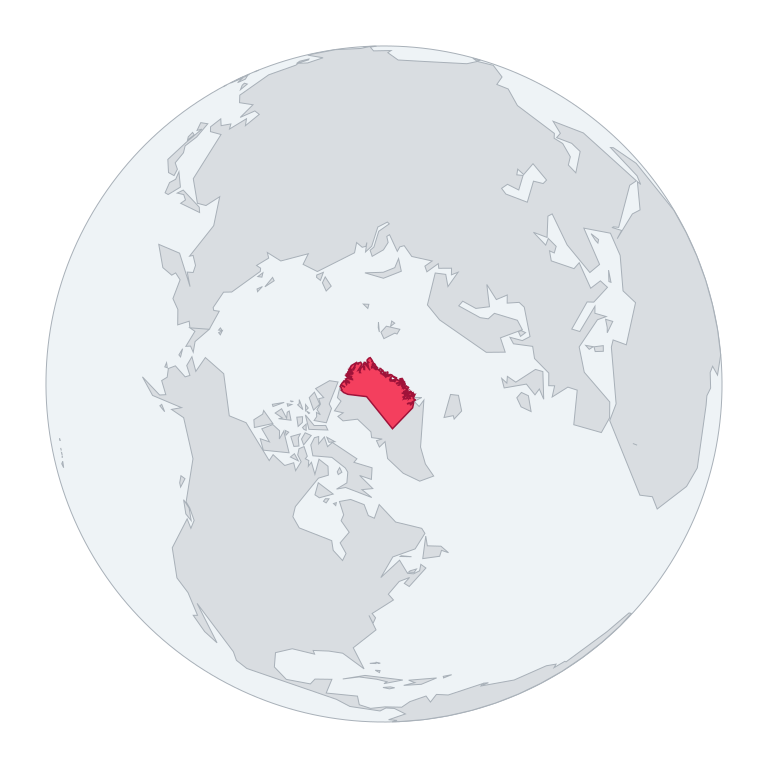 Nationalparken highlighted on a globe, orthographic projection, rotated 305°
{"feature_id": "GRL-2742", "entity_name": "Nationalparken", "entity_type": "state/province", "adm_level": 1, "iso_a3": "GRL", "parent_name": "Greenland", "parent_adm1": "", "projection": "orthographic", "projection_center": [-27.197, 77.317], "detail": "fine", "context": "on_globe", "style": "filled", "palette": "rose", "viewbox_px": 768, "rotation_deg": 305, "n_neighbors": 0, "source": "natural_earth", "source_scale": "10m", "svg_char_len": 16907}
<svg xmlns="http://www.w3.org/2000/svg" viewBox="0 0 768 768"><g transform="rotate(305 384 384)"><circle cx="384" cy="384" r="338" fill="#eef3f6" stroke="#a8b0b8"/><path d="M116.1,590.0L112.0,584.4L115.9,587.6L111.6,580.3L126.0,590.8L124.2,578.6L119.7,571.4L113.9,568.3L100.3,541.0L98.4,525.9L72.3,434.8L73.0,421.6L78.3,414.2L97.1,356.7L76.2,395.7L78.3,379.1L85.1,360.4L87.6,363.9L100.7,343.1L106.4,325.6L128.4,304.5L160.6,300.1L155.0,308.6L163.4,306.7L171.0,296.0L174.0,289.5L213.2,270.4L241.5,239.2L241.3,224.5L248.5,231.7L241.9,201.0L251.3,182.0L246.3,206.5L250.1,211.4L259.3,199.9L265.2,202.5L273.0,198.5L279.2,202.7L275.8,217.0L279.7,220.1L286.0,211.8L296.2,211.0L286.4,222.6L303.2,222.5L300.5,246.8L269.2,275.5L273.2,293.2L255.4,333.9L262.5,333.7L260.3,349.4L267.7,355.2L262.3,361.3L272.8,360.7L276.4,354.0L282.2,351.5L286.9,354.4L280.8,362.6L277.6,362.4L278.2,366.3L273.2,369.2L278.3,369.4L270.4,379.2L285.1,373.9L284.5,385.3L277.4,390.7L269.3,384.3L232.7,381.7L223.0,385.5L217.5,397.1L225.7,431.0L218.6,437.8L215.6,451.3L223.4,450.1L228.7,439.2L242.6,440.5L247.4,427.3L253.7,426.0L262.2,414.9L270.3,422.9L273.8,436.9L267.2,446.6L268.5,453.1L282.5,449.2L277.6,472.7L287.4,497.7L285.1,503.2L266.8,504.1L247.4,490.4L223.6,492.4L248.6,497.8L242.4,511.9L245.5,517.1L251.4,520.3L257.4,517.6L257.3,523.9L232.6,520.8L232.3,515.0L240.2,515.9L231.0,509.7L214.3,508.1L212.5,515.6L189.2,505.9L187.6,511.2L181.7,512.3L185.8,504.4L178.0,518.5L150.3,510.1L139.2,531.1L139.8,504.6L133.6,492.0L125.1,478.8L122.9,482.1L114.5,460.7L101.7,449.2L89.3,456.5L86.0,473.4L96.1,495.7L102.7,496.7L112.2,510.7L97.7,513.9L113.1,541.3L107.1,547.7L110.6,559.1L120.1,570.0L129.4,583.9L138.7,587.4L152.5,597.4L150.1,604.5L159.8,605.0L166.1,615.0L195.1,636.6L192.2,636.6L216.2,660.4L246.3,678.6L253.2,685.6L249.2,686.0L260.6,691.2L260.8,692.5L309.3,708.8L337.0,716.0L337.9,718.1L321.3,716.1L297.3,710.6L273.8,703.4L250.8,694.6L228.6,684.0L207.1,671.9L186.6,658.3L167.2,643.2L148.9,626.7L131.8,609.0L116.1,590.0ZM133.8,165.8L136.5,165.1L131.7,169.6L133.8,165.8ZM140.3,162.0L138.9,162.8L140.5,161.6L140.3,162.0ZM142.9,159.4L141.0,161.3L142.9,159.1L142.9,159.4ZM146.2,155.8L144.5,157.8L144.6,157.5L146.2,155.8ZM134.4,535.6L152.3,569.2L138.5,555.8L141.8,557.2L138.0,547.4L129.8,531.7L118.7,519.4L134.4,535.6ZM151.9,150.6L153.5,149.3L152.1,151.1L151.9,150.6ZM150.4,537.8L147.0,532.6L150.8,537.0L150.4,537.8ZM174.3,286.2L170.5,295.6L161.5,304.4L163.9,296.2L174.3,286.2ZM192.4,270.3L192.3,275.3L182.9,276.5L185.9,273.3L192.4,270.3ZM239.8,213.6L235.5,220.2L237.6,212.9L239.8,213.6ZM273.0,197.2L272.3,194.6L276.7,193.7L273.0,197.2ZM257.1,411.2L259.5,413.0L256.7,414.2L257.1,411.2ZM258.4,404.8L253.4,404.8L253.2,401.7L256.4,401.8L258.4,404.8ZM290.2,199.3L297.4,198.8L289.5,201.8L290.2,199.3ZM264.7,405.5L253.7,396.3L253.6,391.0L265.4,386.8L264.7,405.5ZM301.2,200.1L318.7,198.9L318.7,192.8L328.6,209.5L310.4,204.9L300.6,209.5L304.1,203.8L301.2,200.1ZM275.5,350.6L271.9,357.9L270.5,349.2L275.5,350.6ZM273.2,345.7L260.6,323.1L268.2,314.0L270.9,323.4L277.2,309.6L287.0,316.2L285.8,325.3L278.9,329.8L287.9,328.9L273.2,345.7ZM331.2,219.1L334.9,221.0L330.4,221.7L331.2,219.1ZM284.4,349.9L281.2,346.0L287.5,337.8L295.1,344.0L290.6,344.7L284.4,349.9ZM274.0,302.8L280.1,297.9L289.7,301.9L293.3,300.6L287.9,315.6L274.0,302.8ZM291.6,348.0L298.8,347.4L300.1,353.9L288.0,353.1L291.6,348.0ZM286.0,333.1L289.3,329.6L289.9,333.6L286.0,333.1ZM308.6,376.9L304.7,372.4L307.6,367.7L308.6,376.9ZM301.4,346.8L300.9,344.5L301.6,342.2L306.5,343.2L301.4,346.8ZM295.1,317.5L297.9,320.2L297.8,311.5L305.0,314.3L300.1,323.9L305.3,320.9L307.5,321.8L301.0,328.6L295.1,317.5ZM313.6,337.3L309.9,350.6L316.6,360.0L314.1,364.4L303.8,348.5L313.6,337.3ZM306.8,331.6L310.5,336.1L305.6,339.2L300.0,338.0L306.8,331.6ZM311.7,312.8L301.9,306.0L303.3,304.2L311.7,312.8ZM316.6,339.4L317.4,336.1L317.6,339.7L316.6,339.4ZM314.3,320.2L310.6,318.0L312.3,316.0L314.3,320.2ZM322.2,331.5L320.9,335.7L317.1,335.1L322.2,331.5ZM319.4,325.8L322.6,323.5L316.5,332.3L317.4,325.2L319.4,325.8ZM316.5,318.6L316.3,316.7L317.8,319.8L316.5,318.6ZM337.4,331.7L330.6,342.9L322.2,341.3L329.9,330.6L337.4,331.7ZM630.9,153.3L630.3,152.8L645.5,172.5L652.4,178.9L648.4,173.6L655.4,182.6L656.4,184.1L652.1,179.5L650.9,184.4L661.2,198.5L657.6,197.1L657.5,209.7L670.8,231.2L693.9,268.2L701.8,275.5L707.7,290.7L703.2,304.6L694.1,304.6L696.9,316.5L688.6,333.6L687.0,379.8L682.9,382.4L683.5,392.4L677.0,406.3L669.1,409.4L667.0,420.0L687.0,411.3L688.8,399.7L684.8,384.1L690.5,384.7L696.2,371.8L704.0,403.3L695.2,474.2L687.7,471.3L646.9,486.4L644.4,481.8L644.0,481.6L643.1,481.4L646.1,490.6L636.8,491.7L665.8,489.9L673.5,493.9L695.1,475.5L694.7,479.8L699.7,471.8L707.6,433.9L709.1,436.3L709.4,464.0L692.6,521.6L681.3,544.6L668.3,566.7L653.6,587.8L637.3,607.6L619.7,626.2L600.6,643.4L600.7,643.2L582.6,652.1L587.0,643.0L580.5,644.6L568.0,653.9L559.6,655.2L551.4,660.0L494.9,688.8L473.6,690.6L438.3,679.5L445.6,668.5L439.7,657.4L483.5,589.9L500.9,585.5L544.6,549.1L551.5,546.4L555.1,560.0L594.9,543.4L597.4,526.4L624.8,503.7L637.4,483.0L626.3,458.3L605.6,492.0L593.4,488.7L603.0,454.2L619.8,424.2L615.5,422.0L597.6,433.5L594.0,419.4L590.5,436.8L597.5,435.1L595.5,446.1L589.0,448.3L588.0,443.2L580.8,450.4L587.5,473.5L595.3,474.3L581.0,498.4L592.6,502.1L591.4,511.6L571.4,508.9L567.7,503.3L536.7,506.3L539.3,514.3L568.7,512.2L562.9,516.2L566.7,527.4L559.1,522.0L526.3,522.6L508.5,541.3L498.8,579.2L485.7,588.2L468.9,589.9L459.5,562.8L489.8,545.8L486.9,536.4L469.8,529.2L480.4,524.8L477.1,519.9L487.5,512.7L491.2,492.7L500.1,484.2L491.2,467.0L494.5,460.4L498.9,472.4L506.6,476.4L527.4,454.8L528.4,447.9L520.9,438.5L527.6,433.9L517.6,427.6L524.5,411.1L507.8,426.1L498.6,415.9L497.0,401.0L490.9,400.4L493.5,424.7L497.2,432.0L505.2,433.9L512.7,456.7L507.8,466.2L488.6,452.9L479.6,465.0L468.6,449.6L468.4,392.8L473.7,374.2L504.3,362.3L509.2,371.7L500.5,380.5L518.1,380.6L512.1,376.6L517.6,372.9L510.2,362.5L513.7,359.4L500.5,354.8L504.0,349.9L512.4,352.9L504.4,333.6L508.9,321.2L505.4,318.3L500.3,318.8L509.5,302.9L506.5,301.6L502.3,306.2L493.6,306.6L481.8,301.1L485.6,295.9L490.4,297.2L506.1,292.1L518.2,296.5L518.6,293.9L509.0,288.9L489.8,294.9L481.6,293.1L490.1,288.8L486.4,290.2L483.5,287.7L484.2,280.4L474.6,284.6L437.9,264.9L435.6,249.1L447.3,247.3L425.6,228.9L424.8,213.0L421.0,217.3L408.0,211.6L408.1,216.5L405.3,218.1L372.0,206.5L367.2,199.9L348.6,200.2L346.6,202.4L349.1,207.3L328.6,209.5L318.7,192.8L323.7,188.4L314.1,181.1L326.8,172.4L332.9,162.1L352.4,157.2L355.5,149.6L351.4,147.7L352.5,136.1L369.2,119.4L373.9,141.5L352.5,169.3L362.8,158.6L365.9,163.7L373.0,161.6L379.8,153.9L377.2,151.4L416.0,153.7L443.2,142.0L428.1,135.8L425.0,127.5L442.8,110.0L494.9,107.4L491.2,97.1L495.2,94.4L507.6,98.2L502.2,102.4L509.2,109.4L504.2,111.2L522.4,119.2L516.1,122.3L533.3,127.2L533.6,121.6L519.9,113.3L537.6,116.5L531.6,104.3L537.9,100.2L571.1,112.2L594.6,128.9L597.5,129.8L603.2,137.3L616.3,147.0L610.1,134.0L612.2,135.2L630.7,153.1L630.9,153.3ZM478.0,622.0L479.1,626.4L478.0,622.0ZM644.3,400.2L649.9,379.7L635.7,378.3L636.7,370.3L631.5,372.8L634.6,378.3L620.2,383.1L618.4,370.6L611.7,368.1L609.5,374.9L615.1,397.1L635.9,390.1L639.5,399.4L644.3,400.2ZM196.0,637.1L199.2,640.9L194.4,637.7L196.0,637.1ZM134.8,557.2L139.5,562.9L141.3,567.0L137.4,563.3L134.8,557.2ZM178.5,600.2L184.7,606.2L177.4,601.4L178.5,600.2ZM155.5,574.1L173.4,595.7L159.4,586.8L148.4,573.0L157.1,580.6L155.5,574.1ZM144.5,541.0L147.0,545.1L145.0,545.8L144.5,541.0ZM153.2,541.1L151.9,539.9L151.4,536.7L153.2,541.1ZM243.9,512.0L245.9,512.5L251.1,516.7L247.0,516.8L243.9,512.0ZM283.8,523.7L282.8,533.6L280.7,526.5L274.8,528.4L263.2,515.9L283.4,505.4L276.3,512.3L283.8,523.7ZM253.2,496.6L258.3,505.6L252.0,496.2L253.2,496.6ZM448.9,500.7L455.9,501.4L457.2,509.0L445.8,520.3L443.9,509.4L448.9,500.7ZM465.6,500.7L449.7,484.7L456.1,477.2L455.2,484.1L461.0,480.7L461.1,490.9L482.8,499.7L485.3,507.0L463.1,523.6L469.0,514.1L461.7,513.9L465.6,500.7ZM397.8,458.9L391.0,452.4L413.6,444.5L417.4,451.5L406.4,463.1L395.5,461.6L397.8,458.9ZM287.6,400.1L283.6,398.5L285.2,396.1L290.1,395.6L287.6,400.1ZM306.5,375.2L307.2,404.7L302.6,404.3L308.5,422.3L298.6,428.4L295.1,416.5L291.9,434.8L284.8,426.5L284.0,439.1L277.2,411.9L270.7,405.4L281.7,410.3L291.0,404.9L293.0,400.5L294.0,383.4L284.4,366.9L292.1,359.0L300.1,357.8L303.5,360.6L297.5,364.8L306.4,365.5L300.3,373.7L306.5,375.2ZM388.7,351.9L380.2,355.1L397.2,358.9L391.2,366.7L393.5,366.7L392.6,375.0L395.5,385.1L391.5,387.7L394.4,390.5L393.8,396.2L396.5,401.0L390.1,407.4L392.8,413.9L388.3,413.3L394.6,422.7L387.1,418.6L385.7,425.7L393.7,425.9L353.3,450.1L342.2,463.8L337.1,477.5L324.9,469.0L321.9,450.9L325.0,429.7L337.4,417.9L329.7,416.4L333.3,410.3L337.9,414.1L333.0,404.6L337.3,400.7L340.0,382.5L330.3,371.6L331.0,364.8L337.0,367.1L333.6,358.8L345.3,358.6L346.1,353.7L358.4,348.8L369.4,356.2L369.5,350.3L378.9,346.4L388.7,351.9ZM341.0,330.6L355.5,337.5L359.3,345.2L336.2,350.6L333.9,355.0L319.2,359.0L314.0,347.7L318.7,347.6L322.0,344.9L322.3,349.5L324.6,343.8L331.1,343.5L334.6,339.0L338.3,342.4L341.0,330.6ZM554.0,537.5L558.4,534.4L564.1,528.4L566.5,535.5L554.0,537.5ZM531.7,538.4L534.9,534.7L541.2,541.6L536.6,544.9L531.7,538.4ZM531.3,527.0L534.6,534.0L530.1,532.2L531.3,527.0ZM501.3,468.5L504.0,464.1L506.4,465.7L507.3,470.5L501.3,468.5ZM437.9,365.6L432.4,366.0L431.9,363.7L421.1,357.9L424.7,351.8L432.7,352.8L437.9,365.6ZM625.9,467.4L625.4,476.9L622.1,478.4L622.9,474.8L625.9,467.4ZM596.9,509.5L606.1,502.6L597.5,511.6L596.9,509.5ZM440.0,357.9L435.1,356.3L440.0,354.2L440.0,357.9ZM426.8,347.0L431.6,343.9L423.9,350.4L426.8,347.0ZM701.8,274.5L701.8,269.9L704.5,277.4L701.8,274.5ZM569.3,101.4L565.8,99.2L565.5,99.0L569.3,101.4ZM556.3,93.7L556.8,93.7L560.5,96.3L556.3,93.7ZM600.1,129.8L607.2,136.1L606.2,136.3L596.4,128.5L600.1,129.8ZM542.8,97.6L547.4,96.5L550.3,97.1L551.3,100.0L542.8,97.6ZM464.1,304.6L475.1,319.3L485.5,326.1L495.1,324.0L486.3,333.5L470.3,322.9L464.1,304.6ZM440.7,270.3L432.4,272.5L432.7,267.6L434.7,266.4L440.7,270.3ZM438.0,274.4L433.9,284.6L427.0,283.3L431.6,275.5L438.0,274.4ZM437.6,321.2L440.6,325.9L436.6,327.4L437.6,321.2ZM543.8,86.2L543.3,86.0L543.8,86.2ZM554.1,92.0L553.9,92.0L547.9,88.5L551.1,90.3L554.1,92.0ZM538.6,83.5L536.7,82.6L535.1,81.7L538.6,83.5ZM553.5,92.7L542.5,85.7L558.7,95.3L554.2,95.6L546.9,91.2L553.5,92.7ZM480.3,82.9L479.2,85.6L471.2,83.1L474.2,81.9L480.3,82.9ZM444.0,78.1L468.7,83.4L488.3,88.6L484.5,85.4L493.0,84.0L496.1,90.4L479.0,88.9L465.0,84.5L458.4,87.1L445.4,86.1L441.4,91.6L434.3,92.5L433.6,86.2L444.0,78.1ZM440.2,94.3L428.5,104.3L415.4,98.5L415.1,95.0L426.0,92.8L432.2,95.9L440.2,94.3ZM421.8,105.1L427.7,108.3L422.9,131.2L418.7,134.6L415.4,113.8L420.9,115.8L424.3,111.3L421.8,105.1ZM336.1,217.8L335.0,220.7L333.3,217.6L336.1,217.8ZM405.7,221.0L401.5,222.7L399.6,219.0L405.7,221.0ZM389.0,225.5L394.1,228.5L387.1,227.5L389.0,225.5ZM405.6,234.8L395.3,230.7L407.4,231.6L405.6,234.8Z" fill="#d9dde1" stroke="#a8b0b8" stroke-width="1"/><path d="M385.6,419.1L380.9,421.1L352.2,416.6L363.7,377.0L354.8,360.3L353.9,355.9L354.4,352.5L355.2,352.8L355.5,351.6L356.4,351.2L356.8,349.6L358.3,349.3L358.9,350.3L358.5,351.2L359.1,354.0L358.9,349.3L360.1,349.1L362.1,349.3L362.4,350.3L362.4,349.4L363.5,349.4L363.4,351.0L362.9,352.1L361.9,353.7L361.8,354.1L361.9,354.3L361.9,354.0L363.2,352.6L363.6,351.7L365.0,355.0L365.3,354.9L364.8,352.8L366.0,353.4L365.7,351.8L366.1,349.7L367.5,350.6L369.5,355.7L370.0,355.3L369.7,354.3L370.3,353.8L370.1,353.2L370.5,352.7L372.1,353.6L371.1,352.6L371.3,352.2L370.5,349.7L373.1,350.6L372.9,350.8L373.0,352.2L373.2,351.2L373.1,350.8L373.4,350.7L374.1,352.0L374.1,353.1L374.4,352.4L374.3,352.0L374.5,351.7L374.5,351.3L373.9,350.7L370.4,349.3L370.0,348.4L370.6,348.8L370.3,348.2L370.9,347.9L371.2,349.0L372.4,349.4L371.3,347.8L373.0,348.5L372.4,347.7L373.5,347.5L373.9,348.3L373.7,348.7L373.9,348.5L374.4,349.5L375.2,349.8L375.6,351.2L375.8,350.7L375.4,349.8L376.8,349.9L375.8,349.4L377.2,349.1L376.0,348.5L376.0,348.2L376.2,347.9L376.2,347.2L376.8,347.8L376.7,347.3L377.1,346.9L377.7,347.9L377.5,347.1L379.3,346.7L379.6,347.6L379.5,347.0L380.5,346.7L385.1,348.8L380.5,350.0L379.6,349.4L380.2,350.1L377.9,350.6L378.1,350.8L377.9,351.6L378.4,350.7L379.0,350.7L379.2,351.0L379.1,351.5L379.4,350.6L380.8,350.8L382.0,349.7L385.4,349.5L385.8,350.5L385.0,351.8L386.4,351.0L386.5,351.7L386.4,351.9L386.8,351.3L388.4,352.6L387.7,354.3L386.6,354.7L380.5,355.0L381.8,355.8L379.3,357.4L379.8,358.1L380.2,357.2L383.5,356.0L386.1,356.4L386.1,357.7L384.4,359.2L384.7,359.8L387.2,358.0L387.3,356.2L388.7,355.7L389.1,356.7L389.2,357.6L389.2,359.0L387.2,364.7L388.1,362.5L389.6,360.6L390.4,357.8L391.0,358.2L390.8,359.6L391.5,358.8L392.8,359.1L392.7,358.7L393.0,358.3L392.7,358.1L393.2,357.7L393.0,357.1L393.9,356.4L396.3,356.7L397.7,357.6L396.6,360.7L395.6,361.1L396.1,361.6L395.2,363.2L393.4,363.1L392.6,364.2L391.4,363.8L390.1,364.6L390.7,365.1L391.4,364.0L392.9,364.6L393.9,363.9L395.2,364.6L394.7,365.9L391.7,366.1L391.1,367.1L391.3,367.2L391.0,368.7L391.6,369.6L392.4,369.3L392.4,372.5L392.6,371.2L392.7,371.9L393.1,372.1L392.2,373.4L392.4,374.1L392.3,374.5L391.1,375.0L391.3,375.4L390.9,375.9L391.4,376.1L391.0,377.8L391.1,379.2L390.6,381.6L391.2,381.6L391.2,382.3L391.7,379.7L394.1,381.1L394.4,381.5L394.0,382.1L392.9,381.2L392.0,381.6L392.8,382.2L392.6,382.6L392.0,382.4L394.3,384.1L394.6,384.0L394.5,383.3L395.2,383.4L395.7,384.4L395.9,385.4L395.7,386.5L392.9,385.7L391.3,386.2L392.6,386.3L391.6,387.6L390.7,386.4L390.0,387.4L390.7,388.5L390.9,387.7L391.4,388.0L391.0,388.2L391.6,388.6L390.5,388.8L391.7,388.8L391.8,390.0L393.6,390.4L392.6,389.4L394.6,390.3L393.9,391.2L391.4,391.5L394.4,391.5L395.4,392.6L395.0,392.9L395.6,394.5L395.5,396.1L391.2,393.4L392.6,394.5L390.9,394.2L392.5,394.7L394.1,396.2L393.1,396.5L392.3,397.4L392.0,396.8L391.2,396.4L391.2,396.5L392.3,397.5L393.9,396.7L393.9,398.1L394.2,398.6L393.5,399.1L395.7,399.3L396.1,398.7L396.3,398.9L396.2,399.4L396.9,399.8L396.1,401.4L395.2,401.2L394.8,400.3L393.4,400.3L392.8,400.5L392.0,399.7L392.6,400.7L391.5,401.4L392.2,401.5L391.8,402.3L392.1,402.5L391.6,402.8L392.5,403.2L392.8,404.0L392.9,405.2L393.1,404.9L392.9,403.9L392.6,403.3L392.8,402.8L395.3,403.6L395.0,404.5L395.4,405.7L395.2,406.2L393.5,406.1L392.3,407.6L390.3,406.7L389.2,405.2L391.6,405.9L392.3,405.4L391.3,405.8L389.2,404.5L388.7,404.7L388.6,406.1L386.5,403.8L388.2,406.3L387.2,406.6L386.1,408.0L383.6,406.7L385.4,408.0L383.1,408.6L383.6,408.8L383.5,409.9L383.9,408.7L385.3,408.3L387.7,408.9L387.6,409.7L385.9,410.7L384.7,410.2L383.7,410.3L385.6,411.0L385.3,411.9L386.9,410.3L388.6,412.0L386.3,412.8L387.4,413.0L387.0,414.5L387.6,413.1L388.7,412.7L390.3,413.9L390.1,414.5L392.6,415.5L389.2,416.1L389.0,417.4L388.8,417.4L389.0,418.5L388.4,418.8L385.5,417.4L384.8,418.0L382.7,415.2L381.5,414.5L381.3,414.7L383.8,417.0L381.6,417.8L385.9,418.3L385.6,419.1ZM369.9,350.1L370.7,352.3L370.0,352.9L370.0,353.7L369.7,353.9L368.8,350.0L369.9,350.1ZM393.3,412.4L391.9,412.4L393.2,413.3L393.0,414.2L392.4,414.2L389.6,412.5L388.7,410.3L391.1,410.1L393.3,412.4ZM388.6,409.0L386.5,408.3L387.3,407.0L388.6,406.8L390.8,407.8L387.8,407.5L387.7,407.5L391.3,408.2L388.6,409.0ZM392.1,368.5L393.6,366.9L394.1,367.3L393.5,369.3L392.1,368.5ZM393.2,410.6L392.0,410.9L391.0,409.9L388.5,409.6L390.8,408.8L393.0,409.4L393.2,409.6L392.7,410.2L393.2,410.6ZM394.5,400.6L395.3,401.7L393.6,402.6L392.3,401.7L393.4,400.4L394.5,400.6ZM398.9,395.6L398.6,396.8L396.6,396.8L396.5,395.2L396.3,394.8L397.5,394.1L398.0,394.7L397.5,395.3L398.9,395.6ZM363.8,350.8L364.1,350.2L364.5,350.2L364.9,352.5L363.8,350.8ZM396.2,390.5L396.2,391.4L395.1,388.2L395.1,387.6L395.5,387.5L395.0,386.7L395.6,387.1L396.2,390.5ZM395.3,397.6L395.0,398.8L394.0,398.2L394.0,397.1L394.4,396.7L395.0,397.0L394.8,397.6L395.3,397.6ZM391.2,356.9L390.1,355.5L390.4,355.4L391.2,356.9ZM375.0,347.4L376.0,349.1L374.8,347.7L375.0,347.4ZM374.7,348.5L375.5,349.1L375.1,349.6L374.7,348.5ZM392.6,366.8L391.6,367.4L391.8,366.4L392.6,366.8ZM374.5,348.4L374.9,349.7L374.1,348.3L374.5,348.4ZM395.9,380.1L395.2,381.1L395.5,379.8L395.9,380.1ZM392.8,379.4L393.9,380.3L392.2,379.7L392.8,379.4ZM393.7,376.7L393.7,377.5L394.0,378.0L393.5,378.0L393.4,377.2L393.7,376.7ZM392.4,358.0L391.6,357.6L392.4,358.0ZM369.4,349.1L368.7,349.0L368.8,348.6L369.4,349.1ZM393.4,374.9L393.0,375.2L392.7,374.9L393.1,373.9L393.1,374.7L393.3,374.7L393.1,374.8L393.4,374.9ZM394.8,372.4L394.6,373.0L394.5,373.5L394.4,373.5L394.6,372.1L394.8,372.4ZM397.2,398.9L397.1,399.4L396.5,399.2L396.9,398.7L397.2,398.9ZM393.9,379.7L393.5,378.5L394.1,378.4L393.9,379.7ZM388.2,409.8L388.0,410.6L387.3,410.3L387.6,410.0L388.2,409.8ZM392.2,378.7L391.7,378.5L392.1,378.0L392.2,378.7ZM393.4,378.1L393.0,377.8L393.0,377.3L393.4,378.1ZM394.4,375.5L394.2,376.1L394.2,375.5L394.4,375.5ZM391.4,380.3L391.2,379.9L391.5,379.7L391.4,380.3ZM394.4,375.1L394.3,374.3L394.5,374.6L394.4,375.1ZM397.7,398.3L397.6,398.8L397.3,398.3L397.5,398.4L397.7,398.3ZM393.8,408.2L394.2,408.1L394.3,408.1L393.8,408.2Z" fill="#f43f5e" stroke="#9f1239" stroke-width="1.5"/></g></svg>